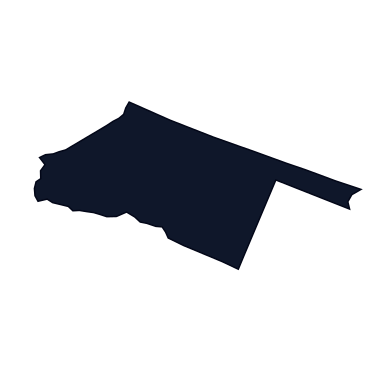 Planalto Alegre, Santa Catarina, Brazil (Robinson projection), rotated 114°
{"feature_id": "56859067B50692822496995", "entity_name": "Planalto Alegre", "entity_type": "district", "adm_level": 2, "iso_a3": "BRA", "parent_name": "Brazil", "parent_adm1": "Santa Catarina", "projection": "robinson", "projection_center": [-52.861, -27.043], "detail": "fine", "context": "isolated", "style": "filled", "palette": "ink", "viewbox_px": 384, "rotation_deg": 114, "n_neighbors": 0, "source": "geoboundaries", "source_scale": "gbopen_adm2", "svg_char_len": 813}
<svg xmlns="http://www.w3.org/2000/svg" viewBox="0 0 384 384"><g transform="rotate(114 192 192)"><path d="M135.4,286.0L142.1,286.7L148.8,286.0L154.5,288.8L159.5,292.8L166.6,297.4L205.0,324.6L209.2,329.7L213.6,334.2L217.5,341.0L222.5,345.3L226.8,337.4L234.2,339.0L241.3,335.6L246.1,338.6L252.9,337.4L259.3,333.9L263.1,328.9L257.4,321.4L258.4,315.0L256.9,306.9L255.5,299.1L257.6,293.2L254.6,287.3L252.7,280.1L250.8,273.5L249.9,266.7L249.2,259.8L245.1,251.1L236.9,243.6L238.1,234.1L240.5,227.1L239.0,220.5L238.1,211.0L236.0,205.1L239.3,199.9L243.7,195.0L244.3,177.6L243.3,136.2L243.7,118.3L228.1,118.7L146.9,120.3L143.5,41.1L137.5,45.7L129.4,44.9L120.9,38.7L123.5,65.5L125.5,96.9L127.4,118.0L129.8,152.3L131.2,169.3L133.2,195.2L135.3,241.2L135.4,286.0Z" fill="#0f172a" stroke="#020617" stroke-width="1.5"/></g></svg>